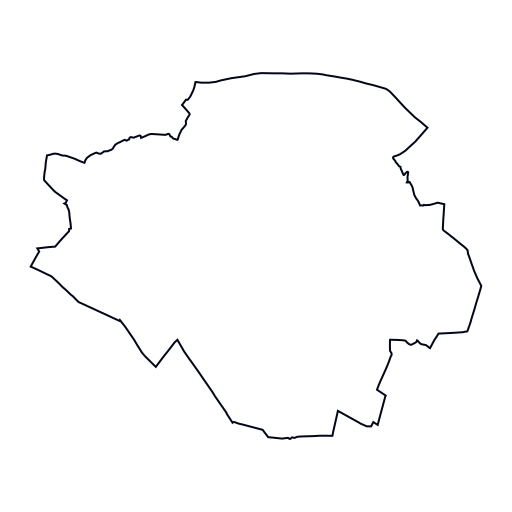 Chau Thanh, Can Tho, Vietnam
{"feature_id": "81297802B15585210216113", "entity_name": "Chau Thanh", "entity_type": "district", "adm_level": 2, "iso_a3": "VNM", "parent_name": "Vietnam", "parent_adm1": "Can Tho", "projection": "natural_earth1", "projection_center": [105.82, 10.223], "detail": "fine", "context": "isolated", "style": "outline", "palette": "ink", "viewbox_px": 512, "rotation_deg": 0, "n_neighbors": 0, "source": "geoboundaries", "source_scale": "gbopen_adm2", "svg_char_len": 5395}
<svg xmlns="http://www.w3.org/2000/svg" viewBox="0 0 512 512"><path d="M371.1,426.4L373.3,422.1L377.7,424.9L379.1,419.5L385.2,396.8L385.7,395.6L377.0,389.7L377.2,389.1L378.9,384.7L380.6,380.7L385.0,371.0L387.1,366.2L388.9,361.6L390.1,358.3L390.6,356.8L390.9,356.3L391.1,356.0L391.4,355.6L391.5,354.9L391.6,353.9L391.6,353.4L391.3,352.8L390.4,351.5L390.1,350.8L390.0,350.0L389.9,345.0L390.0,340.1L390.1,339.7L391.2,339.8L396.6,339.9L402.1,340.2L404.6,340.5L404.9,340.6L405.7,340.9L407.5,342.9L408.8,343.9L409.2,344.2L409.9,344.5L410.4,344.7L410.9,344.8L411.2,344.7L411.9,344.5L414.5,343.1L415.8,342.4L416.4,341.9L416.7,341.3L417.0,340.4L417.2,340.5L417.7,340.8L418.5,341.7L419.4,342.7L420.2,343.4L421.0,344.0L422.7,344.5L424.2,344.7L425.9,345.1L426.3,345.4L427.3,346.1L429.8,348.1L430.0,348.2L434.3,340.1L435.0,339.0L435.5,338.4L438.5,333.6L452.5,332.9L462.9,332.2L465.0,331.7L467.0,331.5L467.4,331.2L470.3,323.0L472.0,317.0L474.4,309.4L476.5,302.0L477.0,300.5L478.2,296.6L480.2,289.9L481.3,285.9L480.9,285.1L477.3,278.2L473.9,270.3L472.7,266.8L472.6,266.5L471.6,263.8L470.6,260.8L468.6,255.1L468.2,254.4L468.1,254.0L467.8,252.1L467.6,250.4L466.7,249.2L466.4,248.8L463.6,246.3L460.5,243.9L454.3,238.8L453.5,238.1L451.7,236.8L448.4,234.1L443.5,230.4L442.8,229.2L443.3,219.2L443.6,215.1L443.7,213.4L444.3,204.2L441.1,203.5L437.7,202.7L434.3,203.7L430.0,204.9L424.8,205.2L424.7,205.1L424.2,204.9L423.9,204.8L423.7,205.0L423.2,205.5L422.9,205.6L422.7,205.5L422.1,205.4L421.7,205.4L421.3,205.4L420.1,205.5L418.5,201.8L417.9,200.8L417.2,199.7L416.2,198.5L414.4,195.2L413.4,191.3L412.8,188.5L412.5,187.4L412.0,186.2L411.1,184.5L410.4,183.4L409.6,182.0L409.1,182.1L408.1,182.5L407.8,182.5L406.9,182.4L407.4,181.5L407.7,180.7L407.6,179.3L407.5,176.9L407.8,175.2L408.2,172.9L408.1,172.3L407.9,171.9L407.4,171.8L407.1,171.8L405.5,173.2L404.9,174.1L404.4,174.7L404.1,174.9L403.7,175.0L403.5,174.9L400.7,168.5L400.5,166.9L400.3,166.7L399.6,166.5L399.2,166.3L398.2,165.0L396.3,162.7L395.9,162.3L395.6,162.0L395.5,161.5L395.3,161.0L395.0,160.6L394.8,160.3L393.2,158.5L393.1,157.5L393.4,156.8L393.6,156.6L397.1,155.5L400.1,154.2L405.1,150.9L415.4,141.5L427.5,127.7L420.5,121.7L415.0,117.4L405.3,108.1L399.0,101.3L395.2,97.1L390.4,92.1L388.8,90.7L386.1,88.9L385.4,88.7L384.5,88.4L379.0,86.8L372.7,85.0L366.2,83.5L359.7,81.6L354.0,80.2L352.0,79.7L347.3,78.7L341.2,77.7L335.2,76.6L329.4,75.7L325.7,75.1L323.2,74.5L317.7,73.8L310.3,73.4L303.1,73.3L296.7,73.5L290.6,73.7L281.4,73.3L272.7,73.3L261.2,73.1L253.9,74.0L245.5,76.2L231.3,78.2L221.3,80.3L215.7,81.9L208.7,82.7L201.7,82.7L195.5,82.0L194.5,86.5L193.3,90.3L190.2,96.7L188.9,98.4L188.0,99.4L187.5,99.9L187.1,99.9L186.7,99.7L186.4,99.6L186.0,99.7L182.6,104.3L182.0,105.0L185.3,108.6L188.8,112.7L189.2,113.1L189.5,113.6L189.6,114.0L189.6,114.5L189.4,114.9L187.7,117.5L186.4,119.9L185.8,120.9L185.8,121.0L185.8,121.6L186.0,123.4L185.9,124.3L185.6,125.0L185.0,125.9L182.0,129.4L181.5,129.9L181.1,130.9L179.4,134.3L178.4,137.2L177.7,139.5L177.5,139.8L177.4,139.8L177.1,139.8L176.4,139.6L175.7,139.2L174.4,138.9L173.6,138.6L173.3,138.5L172.9,138.2L171.8,136.9L171.5,136.7L171.1,136.7L170.5,136.5L170.2,136.0L169.5,134.5L168.9,133.9L168.6,133.9L168.0,133.9L165.8,134.8L165.4,134.8L164.2,134.8L157.0,134.3L151.9,134.0L150.4,134.1L149.1,134.4L146.7,135.4L146.3,135.7L141.1,137.9L141.0,137.6L140.8,136.4L140.7,136.0L140.4,135.7L140.2,135.6L139.9,135.5L139.5,135.5L138.9,135.7L135.1,137.1L133.8,137.6L133.0,137.6L131.9,137.3L130.8,137.1L130.5,137.1L130.2,137.3L129.7,137.8L129.3,138.3L129.3,138.7L129.2,139.3L129.0,139.5L128.9,139.6L128.5,139.7L128.3,139.7L128.1,139.8L126.8,140.6L126.7,140.6L126.4,140.6L126.1,140.4L125.4,140.2L125.0,139.9L124.6,139.9L123.1,140.5L120.3,142.0L117.8,143.1L115.3,144.7L114.3,146.1L113.4,147.6L112.4,149.0L111.1,149.9L109.2,150.5L107.5,151.3L106.1,151.2L104.9,151.4L104.0,151.4L102.5,152.6L100.7,153.8L98.5,153.5L96.4,152.6L94.3,153.4L90.7,155.1L87.1,157.7L86.1,159.1L85.2,160.6L84.5,162.8L83.4,162.5L79.9,161.1L76.5,159.6L75.3,159.0L72.3,157.9L69.3,156.9L66.5,155.9L64.8,155.6L63.2,155.6L61.6,155.3L59.6,154.6L57.9,154.0L55.2,153.6L52.8,153.9L50.0,154.8L47.0,155.4L45.8,162.4L45.3,168.7L44.6,172.1L44.0,178.1L44.2,180.3L49.0,185.5L53.9,190.7L55.3,192.0L60.4,195.7L64.7,198.8L67.0,200.3L65.7,202.9L64.4,203.5L66.9,205.1L67.3,207.0L68.7,209.8L69.3,212.8L69.5,216.1L70.6,224.0L71.0,228.5L69.1,229.0L69.1,231.1L60.3,240.6L55.2,246.6L48.8,247.1L37.3,248.4L39.2,251.5L35.7,257.5L30.7,266.6L35.8,268.9L41.6,271.6L47.3,274.4L51.4,276.3L59.1,283.5L62.8,287.3L66.0,290.0L70.7,294.6L72.6,296.0L77.5,301.0L78.7,302.1L119.5,320.9L119.9,320.0L125.5,327.2L130.6,334.7L133.8,339.3L137.8,346.0L141.9,352.5L144.2,355.3L146.1,357.3L146.8,358.0L155.8,366.9L163.3,356.9L168.1,350.9L174.8,342.2L176.9,340.3L177.4,339.8L184.2,351.6L189.7,359.5L191.7,362.2L198.3,371.5L203.0,378.4L203.7,379.4L212.7,392.4L214.8,396.0L226.6,413.0L226.6,413.6L230.3,419.3L232.5,422.7L233.2,422.1L234.2,422.0L238.6,423.6L241.7,424.3L247.8,425.9L262.6,429.8L265.1,433.1L268.2,437.2L271.8,437.5L282.2,438.6L287.4,437.9L288.5,438.0L289.1,438.6L289.5,438.9L290.3,438.9L290.8,438.5L291.4,437.8L292.0,437.4L292.4,437.4L293.3,437.6L294.0,437.9L294.7,437.9L295.9,437.3L297.3,436.8L299.1,436.6L303.3,436.4L313.6,436.1L320.3,435.7L332.4,435.8L333.2,431.7L334.7,425.1L337.1,414.5L337.9,410.9L358.8,422.5L360.6,423.6L366.7,426.3L371.1,426.4Z" fill="none" stroke="#020617" stroke-width="2"/></svg>